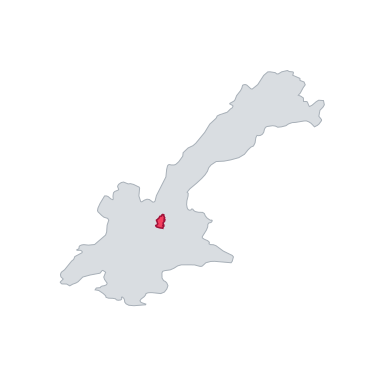 Phaxay, Xiangkhoang, Laos (highlighted), rotated 256°
{"feature_id": "54806243B24491870004001", "entity_name": "Phaxay", "entity_type": "district", "adm_level": 2, "iso_a3": "LAO", "parent_name": "Laos", "parent_adm1": "Xiangkhoang", "projection": "equal_earth", "projection_center": [103.113, 19.269], "detail": "fine", "context": "in_parent", "style": "filled", "palette": "rose", "viewbox_px": 384, "rotation_deg": 256, "n_neighbors": 0, "source": "geoboundaries", "source_scale": "gbopen_adm2", "svg_char_len": 5918}
<svg xmlns="http://www.w3.org/2000/svg" viewBox="0 0 384 384"><g transform="rotate(256 192 192)"><path d="M146.0,46.3L147.4,49.6L154.1,58.5L155.2,60.9L157.7,62.7L159.7,70.6L160.5,71.1L161.7,70.5L162.5,69.4L163.2,66.4L163.7,66.1L164.4,68.6L166.3,69.3L167.1,70.4L167.3,72.3L167.1,74.3L165.5,78.7L164.6,84.8L171.1,97.7L173.8,99.5L180.3,101.6L184.8,104.4L186.8,103.8L188.8,100.5L191.1,98.7L195.5,96.0L196.8,95.8L199.2,96.9L203.2,100.1L209.3,106.2L209.0,107.8L208.0,109.4L204.7,111.8L203.7,113.3L204.3,113.9L207.0,114.3L210.2,115.6L211.2,117.2L211.7,120.8L212.3,121.5L215.2,121.1L216.1,121.6L217.2,122.7L218.3,125.7L218.2,128.0L215.3,132.0L215.0,134.3L213.5,137.1L209.5,141.9L208.4,142.1L201.0,139.5L195.1,139.9L194.6,140.9L195.6,143.8L195.9,146.6L195.0,148.8L191.6,151.6L191.5,152.8L192.2,154.0L197.1,156.6L212.9,170.3L220.1,172.9L223.3,174.6L224.1,175.6L224.1,176.8L223.3,178.3L222.6,181.0L222.6,182.6L223.3,184.1L224.6,186.5L229.0,191.7L232.3,192.9L235.7,198.9L236.7,204.1L238.4,207.5L246.7,218.7L253.6,225.7L257.7,233.2L259.7,234.9L260.3,237.6L260.9,245.5L263.3,249.5L263.8,251.1L264.9,252.3L266.0,252.5L268.4,249.9L268.9,250.3L270.0,254.5L271.0,256.0L274.7,258.6L278.6,263.6L280.6,265.4L283.3,266.9L283.6,268.5L283.2,270.1L282.4,271.1L277.9,274.1L277.3,275.3L280.3,281.8L287.8,289.8L290.2,294.6L289.7,296.9L287.7,301.6L286.1,302.8L285.7,304.3L286.9,308.1L286.8,314.0L285.4,315.4L284.1,319.0L283.2,319.3L280.9,318.0L276.1,324.2L274.1,323.8L271.7,327.3L268.6,327.8L266.4,325.2L261.8,321.0L260.2,318.5L258.7,320.7L256.3,322.8L252.9,322.1L252.0,325.2L251.4,325.7L247.3,326.3L246.5,326.8L247.2,329.6L249.6,334.4L250.4,337.1L248.9,341.7L244.6,341.5L242.7,339.7L240.3,335.9L234.8,333.4L231.1,335.1L230.0,335.0L227.3,331.8L226.3,329.7L225.6,326.6L229.8,324.2L231.9,322.2L233.3,320.2L233.8,318.0L234.5,309.1L235.1,306.0L234.7,302.1L233.6,299.1L233.6,294.5L234.1,290.9L235.7,289.0L236.8,286.4L237.4,280.5L236.9,278.9L235.4,277.5L232.7,276.1L231.1,274.4L230.4,272.3L230.5,270.4L231.2,268.8L229.3,267.1L224.5,265.1L221.8,262.8L221.3,260.0L219.3,256.5L215.9,252.0L214.0,245.7L213.8,237.3L214.2,230.6L215.7,222.8L213.7,217.1L211.5,214.1L208.4,212.0L205.5,208.8L202.8,204.7L199.5,198.7L195.6,190.7L193.0,187.2L191.7,188.0L189.0,187.2L184.7,184.9L181.0,183.7L177.9,183.5L175.9,184.0L174.9,185.2L174.8,186.5L175.6,187.6L175.2,188.6L173.6,189.2L172.2,190.5L170.7,193.5L169.7,197.3L168.1,198.8L165.7,199.1L163.3,200.2L161.0,202.1L159.9,203.5L160.0,204.4L159.5,204.7L158.4,204.1L157.8,202.9L157.9,200.9L156.7,199.5L154.3,198.8L151.5,196.7L146.2,191.2L145.0,190.9L143.3,192.4L141.0,195.4L139.1,196.7L137.6,196.0L136.5,197.1L135.7,199.9L134.2,202.2L127.1,208.1L120.6,215.8L119.0,216.5L115.1,214.3L113.9,212.8L119.3,197.1L120.1,193.3L120.0,188.3L117.7,184.1L117.6,182.9L118.0,181.6L120.7,176.7L123.9,164.2L123.8,160.3L122.4,156.0L121.7,152.0L122.3,146.5L122.1,144.3L120.6,143.2L115.7,142.1L112.9,143.0L111.6,144.5L109.9,145.5L106.9,146.0L104.0,144.1L101.6,141.0L101.0,137.1L104.1,128.7L104.8,125.5L104.8,124.0L104.3,122.4L103.5,122.2L102.0,120.3L100.5,116.8L99.1,115.2L97.7,115.5L96.5,116.8L94.4,120.1L93.8,119.7L95.7,108.2L97.4,103.3L99.4,101.0L101.5,100.1L103.7,100.4L105.6,100.0L107.1,98.8L106.9,98.1L105.2,98.0L104.5,96.7L104.8,94.2L105.6,92.6L106.9,91.9L108.0,89.4L109.2,85.3L110.6,83.1L112.2,83.1L115.0,81.3L119.0,77.7L120.5,74.3L122.0,75.9L121.4,79.9L122.2,80.7L122.5,82.1L122.3,84.3L122.6,86.2L123.2,87.1L124.1,87.6L128.3,86.0L130.8,85.8L135.0,88.8L137.5,86.6L137.5,85.8L135.5,83.1L136.1,73.0L135.9,65.4L132.5,59.8L131.8,57.5L131.4,53.8L130.5,50.7L133.0,48.1L134.3,43.5L136.0,42.3L136.6,42.5L138.7,46.0L141.3,44.3L143.4,44.3L145.1,45.2L146.0,46.3Z" fill="#d9dde1" stroke="#a8b0b8" stroke-width="1"/><path d="M176.1,158.6L176.4,158.6L176.5,158.7L176.5,158.8L176.6,159.0L176.7,158.9L176.8,158.9L176.9,158.7L177.0,158.7L177.1,158.4L177.2,158.2L177.3,158.1L177.3,157.9L177.2,157.6L177.1,157.3L177.0,157.2L176.9,157.1L176.6,157.0L176.4,156.9L176.2,156.7L175.9,156.4L176.0,156.2L176.0,155.9L176.1,155.7L176.3,155.3L176.2,155.1L176.1,154.9L175.9,154.7L175.7,154.5L175.6,154.4L175.3,154.2L175.1,154.1L174.8,153.8L174.8,153.7L174.7,153.4L174.5,153.2L174.4,152.9L174.3,152.7L174.2,152.6L174.0,152.3L173.9,152.1L173.7,151.9L173.6,151.6L173.6,151.4L173.5,151.2L173.4,151.1L173.4,150.8L173.1,150.7L172.8,150.6L172.6,150.6L172.4,150.8L172.2,150.8L171.7,151.0L171.4,151.0L171.2,151.0L170.9,151.0L170.7,150.9L170.1,150.9L170.0,151.0L169.7,151.1L169.4,151.1L169.1,150.9L168.8,150.5L168.8,150.4L168.7,150.3L168.6,150.1L168.5,149.9L168.4,149.7L168.3,149.4L168.3,149.1L168.3,148.9L168.1,148.9L167.9,148.8L167.9,148.7L167.7,148.7L167.5,148.8L167.4,148.9L167.2,149.0L166.9,149.1L166.8,149.3L166.7,149.3L166.6,149.5L166.4,149.7L166.3,149.8L166.2,150.1L166.0,150.4L165.7,150.8L165.7,151.0L165.5,151.4L165.4,151.5L165.2,151.8L165.0,152.1L165.0,152.3L164.9,152.5L164.6,153.0L164.5,153.4L164.4,153.7L164.3,153.9L164.2,154.2L164.1,154.4L164.0,154.6L163.9,154.8L164.0,154.8L164.3,155.0L164.5,155.1L164.6,155.3L164.8,155.5L165.0,155.6L165.3,155.8L165.4,156.0L165.5,156.1L165.6,156.3L165.8,156.2L166.0,156.0L166.0,155.9L166.3,155.8L166.5,155.8L166.5,156.0L166.6,155.9L166.7,156.0L166.7,155.9L166.8,156.0L167.0,156.2L167.0,156.3L167.3,156.3L167.6,156.4L167.8,156.3L168.0,156.3L168.4,156.4L168.6,156.4L168.8,156.4L168.8,156.5L169.0,156.7L169.1,156.8L169.3,156.9L169.4,157.1L169.5,157.1L169.7,157.3L169.8,157.4L170.0,157.6L170.1,157.8L170.2,158.0L170.3,158.3L170.5,158.4L170.6,158.5L170.8,158.5L171.1,158.7L171.2,158.4L171.3,158.2L171.4,158.3L171.5,158.4L171.6,158.5L171.6,158.4L171.8,158.4L172.0,158.3L172.3,158.4L172.4,158.5L172.5,158.5L172.8,158.5L173.0,158.6L173.3,158.9L173.3,159.0L173.5,159.1L173.7,159.3L173.8,159.3L173.9,159.2L174.0,159.2L174.3,159.1L174.5,159.1L174.8,159.0L175.0,159.0L175.2,158.9L175.3,158.9L175.4,159.0L175.5,159.0L175.6,158.9L175.7,158.7L175.8,158.6L176.0,158.6L176.1,158.6Z" fill="#f43f5e" stroke="#9f1239" stroke-width="1.5"/></g></svg>